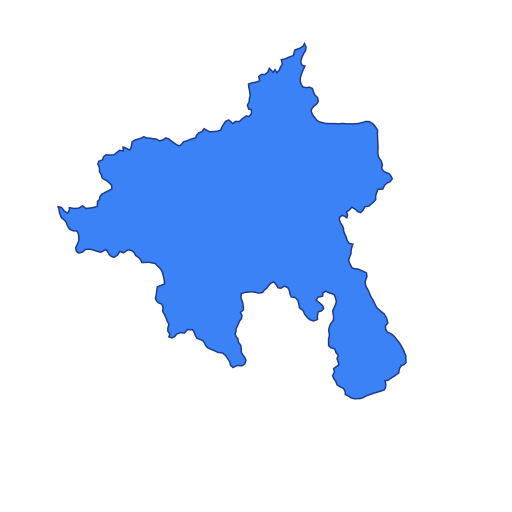 Raul Soares, Minas Gerais, Brazil (Albers equal-area conic projection), rotated 66°
{"feature_id": "56859067B17735283433426", "entity_name": "Raul Soares", "entity_type": "district", "adm_level": 2, "iso_a3": "BRA", "parent_name": "Brazil", "parent_adm1": "Minas Gerais", "projection": "albers", "projection_center": [-42.376, -20.024], "detail": "fine", "context": "isolated", "style": "filled", "palette": "blue", "viewbox_px": 512, "rotation_deg": 66, "n_neighbors": 0, "source": "geoboundaries", "source_scale": "gbopen_adm2", "svg_char_len": 5830}
<svg xmlns="http://www.w3.org/2000/svg" viewBox="0 0 512 512"><g transform="rotate(66 256 256)"><path d="M294.4,368.5L296.5,366.4L296.5,362.9L295.1,360.3L295.2,356.3L297.3,352.7L295.4,348.6L297.6,343.8L301.1,343.5L303.8,343.7L307.1,343.3L309.2,341.3L311.5,339.1L314.0,338.5L317.3,338.4L320.3,337.4L322.5,335.5L325.7,332.4L328.7,329.9L331.0,326.0L334.7,324.2L339.2,323.4L342.7,323.1L345.3,323.7L348.5,322.4L348.3,317.9L350.6,313.6L350.1,310.3L347.4,307.7L344.2,307.5L341.4,308.2L338.1,308.6L334.4,307.1L331.3,306.3L327.7,307.1L324.2,306.2L321.6,306.9L319.0,306.9L316.8,305.0L314.2,303.7L311.8,300.8L308.9,297.7L307.3,294.8L304.5,293.0L301.1,293.1L300.1,289.4L296.9,288.1L293.0,287.1L288.1,286.8L284.4,284.7L284.8,280.7L286.0,277.1L287.0,274.3L288.8,271.6L291.2,268.1L292.0,264.8L290.5,262.0L289.7,259.1L288.3,256.8L286.9,253.7L286.6,250.5L290.6,249.1L294.0,248.8L295.6,246.4L295.1,242.4L297.6,239.9L301.5,239.6L304.3,240.4L307.4,240.5L310.3,236.8L313.7,235.8L317.1,236.3L321.0,237.4L324.8,235.2L329.0,235.2L333.1,234.1L336.2,232.7L338.7,229.9L339.0,225.6L335.5,224.2L332.3,222.0L332.8,218.7L331.6,215.6L328.4,215.4L324.6,217.0L320.9,219.1L318.8,216.1L319.8,211.6L316.9,209.7L316.6,206.4L319.8,203.9L321.4,201.7L323.6,200.1L327.3,200.6L330.3,201.1L332.8,203.2L335.5,206.3L337.7,208.4L340.2,209.1L343.1,209.8L346.3,211.6L348.6,215.8L350.8,218.0L353.4,219.8L358.1,221.1L361.6,223.6L364.6,224.9L367.5,226.1L370.2,225.0L372.8,221.9L376.9,222.2L380.5,221.1L382.5,223.7L385.7,224.0L389.1,224.5L389.8,228.0L390.5,230.9L393.9,231.5L396.5,234.7L399.9,234.8L402.4,234.1L406.8,234.3L409.6,232.4L412.5,229.9L416.4,229.7L418.9,230.8L421.2,228.7L424.5,226.7L426.6,223.9L427.6,221.3L428.6,218.8L429.0,215.6L428.6,212.3L428.9,208.9L429.2,204.8L429.7,200.5L430.3,196.3L430.4,193.2L428.7,191.0L425.7,189.5L422.4,188.9L423.3,185.9L422.5,182.7L422.0,178.7L420.9,173.2L417.2,170.7L415.3,167.9L415.3,164.7L414.2,162.2L410.9,161.0L408.2,159.7L405.1,159.7L401.8,159.5L398.8,159.8L396.0,160.0L393.3,160.4L389.9,161.4L386.7,162.1L383.8,163.2L381.2,164.9L379.0,166.8L376.2,167.4L372.5,166.3L370.8,162.8L366.3,162.0L361.1,162.4L357.7,164.3L355.2,165.3L352.8,166.6L349.6,166.9L344.0,167.0L340.1,167.6L335.7,167.5L331.9,167.5L329.2,167.9L326.5,167.6L323.6,166.6L319.9,163.0L316.3,162.0L313.7,164.2L311.5,166.2L309.3,168.2L307.9,170.9L305.9,173.1L301.5,173.4L297.7,173.2L295.3,171.2L292.4,168.2L289.2,166.7L287.1,165.1L284.6,162.7L282.2,165.9L278.7,166.4L275.0,165.9L272.0,166.0L268.8,165.8L266.1,164.8L263.2,164.8L260.3,165.3L257.1,165.2L254.7,164.1L253.9,161.1L255.6,158.9L258.0,157.5L255.9,155.7L252.6,155.5L252.1,152.5L250.4,148.5L254.3,146.0L257.2,144.8L258.9,142.7L257.7,139.5L255.3,136.6L256.3,132.6L255.4,129.6L254.7,127.0L253.2,123.7L250.0,122.4L247.5,120.3L244.6,117.5L246.4,113.0L243.6,109.6L242.6,106.7L242.7,103.8L240.9,100.0L237.0,100.3L234.5,101.2L232.4,103.6L229.7,105.2L227.0,105.6L224.2,103.5L220.2,103.0L215.7,103.8L211.9,103.0L209.3,101.8L206.7,100.5L204.0,99.4L200.1,97.9L197.3,96.8L194.3,95.7L190.9,93.8L188.0,94.1L184.5,94.8L181.8,96.0L179.4,97.7L177.9,100.5L177.4,104.4L176.6,108.5L175.5,111.9L173.9,115.6L172.2,119.4L170.1,123.0L168.8,127.1L167.1,130.1L165.6,133.6L163.3,138.4L160.9,141.5L159.0,143.8L156.8,145.2L154.0,145.9L149.9,146.9L146.3,146.8L144.1,145.2L142.8,142.5L142.0,139.3L140.2,136.4L136.8,135.3L132.7,136.8L128.9,136.7L126.0,136.3L123.6,138.4L122.5,142.0L120.5,144.6L116.5,144.9L113.0,144.0L110.3,142.3L107.3,139.6L104.8,136.8L102.4,134.0L100.6,136.3L97.7,136.4L95.0,135.0L92.8,132.8L90.4,130.0L88.6,127.3L85.5,125.3L81.6,125.3L83.5,127.6L84.0,131.5L83.6,136.8L88.1,140.4L87.7,146.0L87.8,149.9L86.9,153.0L91.5,153.9L93.4,156.9L95.7,159.1L97.0,162.4L93.5,162.8L95.1,165.7L92.6,166.6L90.0,167.5L92.9,170.5L93.8,174.1L92.3,177.2L93.2,180.5L97.4,181.4L97.3,184.7L96.2,189.1L95.9,192.9L98.8,193.9L102.8,194.8L106.7,195.9L109.5,198.0L112.3,199.5L114.8,202.6L118.9,202.9L120.3,200.7L124.1,202.3L125.8,205.7L124.1,207.9L125.1,212.7L126.4,216.6L124.8,219.8L125.4,223.5L122.9,224.4L120.6,225.7L120.6,229.1L122.3,231.8L124.5,234.9L126.6,237.0L126.3,240.4L125.1,244.1L123.7,247.8L120.9,250.1L118.6,251.6L120.4,254.8L120.2,258.2L121.6,261.3L123.5,263.1L123.0,266.0L122.7,268.7L122.7,271.9L122.2,275.8L123.4,278.2L124.4,280.7L122.7,282.9L120.2,284.4L117.2,286.2L113.3,288.3L111.4,290.5L112.1,293.5L111.6,297.3L108.8,299.4L107.1,302.2L105.0,305.4L103.6,308.0L101.4,310.0L101.6,312.9L101.3,315.6L100.8,319.2L101.3,322.7L105.5,325.5L108.0,328.3L104.7,330.7L102.4,333.2L106.0,334.4L104.0,337.6L104.7,340.6L105.8,344.7L104.1,349.0L102.5,352.1L103.3,354.9L105.7,356.9L105.6,361.1L107.6,363.1L111.6,363.1L115.3,364.7L119.0,364.3L122.1,364.8L124.8,363.1L127.1,361.4L129.6,360.3L132.6,359.2L136.0,360.3L136.4,363.7L136.5,367.5L136.9,371.8L138.5,374.7L140.9,376.1L141.8,378.7L145.9,380.6L145.8,383.6L144.8,387.7L143.4,392.0L139.6,394.1L140.2,398.5L138.8,402.4L137.4,404.7L135.9,406.9L138.4,408.0L140.2,410.8L136.9,412.9L132.6,413.9L130.5,416.7L133.1,417.0L136.1,417.8L139.0,418.1L142.1,418.1L144.8,416.6L148.0,415.7L152.2,415.9L155.7,415.4L158.5,412.9L160.4,409.4L163.1,409.2L166.5,410.1L169.8,411.6L172.2,413.9L175.0,417.3L178.7,418.2L181.1,416.8L181.9,413.1L180.7,409.3L181.5,406.3L183.4,403.4L185.4,401.0L187.4,398.9L189.4,396.4L189.3,393.3L188.9,390.7L191.7,389.7L195.0,389.6L197.4,388.4L199.4,386.2L198.9,382.2L196.4,378.5L199.2,375.7L198.6,372.7L198.4,369.9L200.4,367.5L203.1,366.0L206.6,365.7L209.7,363.8L212.5,362.9L215.6,362.9L216.9,359.6L218.0,356.7L220.0,353.8L221.9,351.1L225.7,349.7L229.5,348.3L232.7,348.2L235.2,348.6L238.3,349.1L241.6,349.9L244.3,350.9L244.2,354.2L244.0,358.6L248.2,361.3L251.5,363.3L253.6,365.1L256.7,365.1L259.4,363.9L261.7,361.6L265.4,361.9L268.6,363.8L272.8,363.3L276.1,363.4L279.2,363.6L283.1,363.4L285.9,365.8L288.8,367.1L292.4,366.5L294.4,368.5Z" fill="#3b82f6" stroke="#1e3a8a" stroke-width="1.5"/></g></svg>